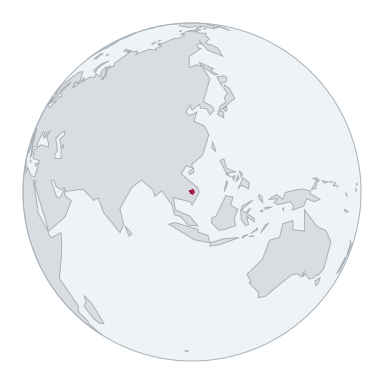 Môndól Kiri on an orthographic globe, rotated 337°
{"feature_id": "KHM-1794", "entity_name": "Môndól Kiri", "entity_type": "Province", "adm_level": 1, "iso_a3": "KHM", "parent_name": "Cambodia", "parent_adm1": "", "projection": "orthographic", "projection_center": [106.924, 12.744], "detail": "fine", "context": "on_globe", "style": "filled", "palette": "rose", "viewbox_px": 384, "rotation_deg": 337, "n_neighbors": 0, "source": "natural_earth", "source_scale": "10m", "svg_char_len": 10194}
<svg xmlns="http://www.w3.org/2000/svg" viewBox="0 0 384 384"><g transform="rotate(337 192 192)"><circle cx="192" cy="192" r="169" fill="#eef3f6" stroke="#a8b0b8"/><path d="M347.3,248.0L347.1,249.2L346.9,249.4L347.3,248.0ZM270.7,42.5L271.0,43.0L276.9,46.7L271.3,43.6L286.2,53.7L290.3,58.6L282.2,51.0L278.7,48.8L279.8,50.9L276.5,49.1L275.1,49.3L271.0,47.2L266.6,43.5L263.9,42.3L264.8,43.9L261.3,43.2L260.4,40.9L254.2,39.7L245.7,34.5L246.4,32.3L238.3,29.5L236.9,29.1L248.5,32.8L259.8,37.2L270.7,42.5ZM348.5,128.4L348.3,128.1L348.1,127.5L348.5,128.4ZM281.9,50.1L280.9,49.1L283.0,50.8L281.9,50.1ZM275.6,49.7L277.0,50.7L275.7,50.4L275.6,49.7ZM268.3,47.1L265.8,46.6L267.6,46.4L268.3,47.1ZM263.8,46.0L257.9,45.4L260.4,47.3L250.0,42.1L258.5,44.0L260.3,43.3L261.3,44.7L263.8,46.0ZM227.5,26.8L224.5,26.2L224.1,26.1L227.5,26.8ZM245.3,39.6L243.2,39.1L244.5,38.9L245.3,39.6ZM234.4,28.4L233.9,28.4L228.8,27.2L228.0,27.1L224.4,26.2L234.4,28.4ZM221.1,25.6L219.1,25.3L222.3,25.9L218.6,25.3L216.9,24.9L216.1,24.9L215.0,24.7L214.8,24.6L221.1,25.6ZM206.9,23.7L207.1,23.7L205.5,23.6L206.9,23.7ZM211.7,24.2L208.7,23.9L209.2,23.9L211.7,24.2ZM216.7,25.2L222.8,26.1L223.0,26.2L216.7,25.2ZM205.2,23.6L206.1,23.7L204.8,23.6L205.2,23.6ZM213.0,24.6L215.2,24.8L215.3,24.9L213.0,24.6ZM206.1,23.8L205.0,23.6L206.6,23.7L206.1,23.8ZM209.2,24.1L208.8,24.2L207.8,23.9L210.1,24.2L209.2,24.1ZM212.8,24.6L213.6,24.8L211.9,24.5L212.8,24.6ZM200.5,23.8L198.9,23.3L202.5,23.4L203.6,23.8L200.5,23.8ZM59.0,87.7L58.8,88.2L57.6,90.0L52.5,96.8L46.2,110.2L50.5,105.1L50.1,114.1L53.3,116.5L64.0,103.5L58.8,99.2L63.3,91.9L71.7,89.6L77.0,94.4L78.9,91.7L80.0,83.8L85.8,80.5L81.0,80.9L79.5,84.0L76.5,84.5L77.5,81.8L79.6,80.6L79.2,78.4L69.8,85.6L67.3,89.6L63.7,88.3L59.3,95.0L56.7,97.1L63.2,86.8L66.0,83.6L74.3,72.3L71.0,75.3L62.9,86.5L63.4,85.1L58.8,90.2L62.7,85.2L72.4,73.0L72.2,72.9L87.7,59.1L92.8,55.5L92.7,56.1L101.2,50.7L102.3,50.5L97.0,53.6L93.2,56.4L93.8,59.0L95.8,58.3L101.3,54.8L100.8,56.3L106.0,52.6L109.5,53.2L109.6,49.7L116.0,46.3L121.7,44.8L123.8,43.3L114.6,45.8L111.0,47.5L107.8,49.8L97.8,54.8L96.2,54.9L106.7,47.9L105.6,47.6L114.3,42.9L133.8,37.8L138.6,38.4L132.9,45.6L128.0,47.0L127.7,44.9L122.1,49.7L125.4,47.9L124.9,49.4L131.0,47.2L130.9,48.2L136.8,44.7L137.4,45.7L133.7,47.9L143.2,46.3L146.3,48.3L148.4,47.5L149.9,46.1L152.8,50.0L154.3,49.3L153.9,47.7L156.5,45.4L162.3,43.1L163.1,44.5L161.0,45.5L157.9,50.2L152.5,53.2L153.3,53.7L158.2,51.4L162.1,45.6L165.4,43.8L164.2,46.4L164.9,45.3L166.8,44.9L169.3,46.0L170.8,43.3L190.4,38.9L197.2,41.2L194.0,43.6L208.4,43.8L214.9,47.6L214.5,45.9L221.2,45.7L219.2,44.4L219.5,43.7L235.7,43.8L240.0,45.4L246.5,44.7L246.3,44.0L243.5,42.7L250.0,42.1L260.4,47.3L260.3,48.5L266.8,51.3L265.7,53.9L267.8,57.8L262.8,59.8L264.9,63.1L267.3,63.9L271.9,69.5L273.3,79.0L261.9,67.6L257.7,55.0L258.5,59.5L255.3,57.6L253.7,58.8L254.5,62.4L256.5,63.3L242.2,66.3L238.1,76.4L245.8,76.6L250.5,80.5L252.6,94.8L237.7,113.4L243.9,120.9L244.2,125.5L238.7,127.9L238.1,121.1L232.6,118.2L233.1,114.3L224.1,116.6L224.4,111.2L217.2,116.2L219.9,120.7L227.7,120.3L221.3,127.6L229.2,136.1L229.9,145.8L216.3,162.1L202.6,166.5L201.7,169.6L196.4,165.6L189.1,171.4L198.9,190.0L198.6,195.1L186.9,204.2L186.6,200.3L172.5,189.8L169.7,202.0L180.4,213.1L184.1,225.5L175.7,221.1L172.0,210.2L167.0,206.2L168.5,195.5L164.6,179.2L156.2,181.4L157.0,175.0L150.3,161.3L138.4,164.2L119.2,178.9L116.4,195.0L109.9,201.3L102.6,176.5L103.3,160.7L98.2,161.3L92.8,146.8L76.2,142.2L76.1,137.9L72.5,139.0L69.0,133.7L69.7,126.9L66.6,126.3L65.4,144.4L69.0,145.2L75.1,139.9L73.8,146.1L77.5,152.9L65.4,165.3L44.5,172.2L46.3,159.9L50.0,124.5L52.0,121.3L52.1,120.9L52.4,120.1L48.9,125.2L50.8,118.6L44.7,142.1L42.1,151.8L44.2,172.8L43.1,174.4L44.9,179.2L55.3,178.2L54.5,182.1L47.3,198.9L36.2,219.5L39.8,237.4L42.8,251.8L40.7,258.5L45.8,270.2L45.4,272.6L48.7,278.9L51.2,284.5L53.5,288.8L53.5,288.7L47.0,278.7L41.2,268.2L36.2,257.4L32.0,246.2L28.5,234.7L25.9,223.0L24.1,211.2L23.2,199.3L23.1,187.3L23.9,175.4L25.5,163.5L27.9,151.8L31.1,140.3L35.2,129.1L40.0,118.1L45.7,107.6L52.0,97.4L59.0,87.7ZM78.8,107.3L84.5,110.2L88.6,100.7L91.2,101.2L91.7,98.0L88.9,100.0L91.0,91.6L95.9,90.4L98.7,86.8L96.9,85.7L87.6,89.4L84.4,101.2L80.3,104.1L78.8,107.3ZM109.1,44.8L109.3,44.7L107.5,45.7L109.1,44.8ZM107.3,45.8L106.5,46.3L103.8,47.9L107.3,45.8ZM101.4,49.4L93.3,54.9L90.2,57.2L90.4,57.0L101.4,49.4ZM189.3,23.1L187.9,23.1L192.1,23.1L188.0,23.2L189.4,23.3L186.8,23.8L180.3,24.2L182.4,24.3L180.5,25.0L175.1,25.6L176.9,24.9L169.7,26.4L169.0,25.8L168.2,26.0L165.5,26.0L161.0,26.6L161.5,26.3L159.5,26.7L157.7,26.9L155.1,27.4L155.1,27.2L152.0,27.9L153.7,27.4L148.3,28.8L152.0,27.9L164.3,25.3L176.7,23.7L189.3,23.1ZM202.4,23.4L201.5,23.3L201.3,23.3L199.5,23.2L200.7,23.3L198.5,23.3L198.9,23.5L196.3,23.4L199.6,23.9L191.9,24.0L187.8,23.9L194.1,23.2L193.4,23.1L195.6,23.1L202.4,23.4ZM59.5,88.0L59.1,88.8L59.3,89.3L56.5,92.7L59.5,88.0ZM65.9,79.7L66.0,79.7L62.1,84.2L62.5,83.6L65.9,79.7ZM69.5,76.0L66.4,79.3L68.3,77.2L69.5,76.0ZM97.5,53.5L98.1,53.5L96.8,54.5L95.0,55.5L97.5,53.5ZM153.4,31.6L155.1,30.7L156.1,30.7L161.8,29.1L162.8,29.7L159.7,30.8L153.4,31.6ZM61.2,105.1L58.3,107.0L58.7,105.3L59.6,105.0L61.2,105.1ZM55.8,99.4L55.4,102.4L55.0,100.3L55.8,99.4ZM155.4,31.9L157.7,31.2L156.8,32.0L155.4,31.9ZM163.8,30.1L163.3,30.8L163.6,29.6L163.8,30.1ZM123.3,335.1L126.8,337.0L124.6,336.7L123.3,335.1ZM56.1,255.2L59.6,278.5L55.7,277.0L51.7,269.2L48.1,254.6L51.5,252.0L52.3,245.8L56.1,255.2ZM226.8,255.3L231.8,256.2L231.6,256.9L226.8,255.3ZM221.5,252.5L227.3,253.0L220.4,254.1L221.5,252.5ZM229.6,253.1L235.5,251.8L238.1,250.7L237.6,252.2L229.6,253.1ZM217.5,252.4L196.0,251.2L187.4,248.7L189.4,246.0L203.2,247.5L217.5,252.4ZM188.8,245.9L175.8,237.1L158.1,212.6L164.4,213.5L182.9,228.9L181.7,231.2L189.6,238.0L188.8,245.9ZM220.3,233.0L219.0,240.2L207.1,239.1L201.7,237.6L198.0,228.1L200.1,223.4L204.5,223.8L221.7,208.5L227.7,212.7L222.4,219.3L227.3,225.8L220.3,233.0ZM117.0,196.7L120.3,206.9L116.8,208.0L117.0,196.7ZM228.7,197.5L221.7,204.3L228.1,195.2L228.7,197.5ZM232.5,188.9L232.9,192.5L230.1,188.9L232.5,188.9ZM201.5,174.5L196.8,175.0L196.7,172.5L202.7,170.4L201.5,174.5ZM230.4,154.2L230.3,161.5L229.4,163.9L227.3,159.4L230.4,154.2ZM166.8,38.9L157.8,40.0L152.0,42.0L149.7,44.5L149.0,41.8L158.1,38.8L166.8,38.9ZM187.4,38.6L189.4,36.9L191.1,37.7L190.9,38.2L187.4,38.6ZM186.8,37.5L184.3,35.6L187.1,34.7L188.5,36.4L186.8,37.5ZM169.5,32.8L166.8,33.0L167.6,32.3L169.5,32.8ZM307.8,311.8L308.3,312.5L303.4,317.0L297.4,321.9L293.0,324.0L307.8,311.8ZM269.3,326.5L270.5,321.8L276.4,321.0L272.8,325.3L269.3,326.5ZM311.9,308.1L316.3,303.3L319.4,297.7L317.1,302.6L318.9,302.1L309.2,311.9L311.9,308.1ZM251.5,307.0L218.6,316.6L211.7,315.1L214.1,311.0L209.0,297.8L211.3,298.2L210.5,289.2L230.3,281.6L244.7,266.7L255.0,267.8L263.2,256.8L273.6,257.6L270.1,266.3L280.3,271.8L288.6,252.3L293.6,272.8L300.1,279.7L300.4,292.2L283.6,313.8L275.3,318.2L274.3,316.4L270.7,318.6L265.9,317.9L264.4,311.4L260.8,313.5L264.8,308.4L259.3,313.0L257.4,308.7L251.5,307.0ZM325.2,267.7L326.4,268.1L327.8,271.3L325.9,270.9L325.2,267.7ZM344.2,253.0L344.4,254.5L343.3,255.2L344.2,253.0ZM346.9,249.4L345.7,250.4L347.3,248.0L346.9,249.4ZM333.1,254.9L333.6,256.1L333.1,256.6L333.1,254.9ZM332.7,254.5L333.6,252.4L333.3,254.5L332.7,254.5ZM327.6,244.1L328.4,242.9L328.7,243.7L327.6,244.1ZM239.3,256.5L246.5,251.0L250.3,250.6L239.3,256.5ZM326.5,241.9L324.5,241.9L324.8,240.7L326.5,241.9ZM326.8,239.3L326.7,237.7L327.7,241.3L326.8,239.3ZM323.0,236.0L325.4,238.7L322.7,236.4L323.0,236.0ZM321.5,236.5L319.7,235.4L319.9,234.9L321.5,236.5ZM300.0,239.6L306.9,248.7L301.1,248.7L294.7,243.1L289.3,248.6L277.3,247.8L280.2,244.4L278.6,239.3L266.0,237.2L263.5,233.8L268.1,231.6L259.6,228.8L268.9,227.4L272.6,234.4L277.8,229.0L286.6,230.3L295.0,232.5L301.6,237.6L300.0,239.6ZM268.8,242.6L270.3,242.6L268.9,244.7L268.8,242.6ZM316.2,231.8L318.9,235.0L318.5,235.9L317.2,235.4L316.2,231.8ZM303.2,236.3L310.4,230.4L312.0,230.5L307.2,237.1L303.2,236.3ZM308.7,226.8L311.9,227.5L313.6,230.6L312.9,231.5L308.7,226.8ZM249.9,236.0L249.5,237.9L247.1,236.3L249.9,236.0ZM253.1,234.9L260.3,237.1L252.4,236.5L253.1,234.9ZM230.8,227.6L232.9,232.2L239.7,229.5L234.5,233.5L239.1,241.1L237.5,243.9L233.0,235.7L231.3,243.9L228.2,243.7L226.6,236.5L229.7,227.9L232.8,224.4L245.1,223.3L230.8,227.6ZM253.0,229.3L251.1,224.0L252.5,220.5L254.6,223.4L253.0,229.3ZM245.3,211.2L240.1,204.9L235.4,207.1L244.8,198.9L248.3,206.2L245.3,211.2ZM240.8,197.7L236.4,199.6L240.9,194.8L240.8,197.7ZM235.2,197.5L234.7,193.3L238.2,194.0L235.2,197.5ZM243.1,197.9L243.8,190.8L245.6,195.0L243.1,197.9ZM233.1,183.8L240.6,191.0L230.9,187.7L230.2,174.0L234.3,173.9L233.1,183.8ZM254.5,131.1L253.4,127.5L257.0,126.8L256.8,129.5L254.5,131.1ZM267.9,122.6L257.6,125.5L249.2,128.4L252.0,130.1L250.3,136.3L246.0,130.3L251.7,123.8L258.1,122.8L258.8,117.8L263.3,114.7L261.8,108.6L263.7,106.1L267.0,111.6L267.9,122.6ZM260.9,106.0L259.9,95.7L267.0,97.6L268.8,100.3L266.3,104.1L262.7,102.8L260.9,106.0ZM261.8,93.9L258.3,92.8L249.6,78.2L249.5,75.7L259.9,87.0L257.1,86.6L258.0,90.1L261.8,93.9ZM244.0,39.9L243.2,39.1L245.1,39.9L244.0,39.9ZM218.3,43.0L219.0,42.2L221.2,42.9L218.3,43.0ZM222.2,40.3L219.3,40.1L222.1,39.7L222.2,40.3ZM212.9,39.9L218.0,39.7L213.5,40.8L212.9,39.9Z" fill="#d9dde1" stroke="#a8b0b8" stroke-width="1"/><path d="M193.8,192.1L193.8,192.4L193.9,192.5L193.8,192.8L193.7,193.0L193.6,193.3L193.4,193.4L193.2,193.3L193.1,193.2L192.9,193.3L192.7,193.4L192.6,193.5L192.4,193.6L192.2,193.9L192.1,194.0L191.9,194.0L191.7,194.0L191.6,193.8L191.6,193.6L191.5,193.4L191.4,193.4L191.2,193.3L191.0,193.2L190.9,193.0L190.9,192.9L190.7,192.9L190.5,192.7L190.4,192.7L190.4,192.4L190.5,192.2L190.7,191.9L190.8,191.9L191.0,191.8L191.1,191.7L191.0,191.4L190.8,191.3L190.7,191.3L190.6,191.2L190.4,191.0L190.3,190.9L190.6,190.8L190.6,190.7L190.4,190.6L190.4,190.4L190.4,190.0L190.6,190.0L190.8,190.1L191.1,190.3L191.3,190.4L191.4,190.5L191.5,190.6L191.8,190.8L192.0,190.8L192.1,190.7L192.3,190.7L192.3,190.8L192.3,190.7L192.5,190.6L192.4,190.5L192.4,190.4L192.5,190.3L192.8,190.3L192.9,190.2L193.0,190.2L193.1,190.3L193.3,190.4L193.5,190.3L193.8,190.4L193.8,190.5L193.5,191.2L193.6,191.3L193.6,191.5L193.7,191.8L193.8,191.8L193.8,192.0L193.8,192.1Z" fill="#f43f5e" stroke="#9f1239" stroke-width="1.5"/></g></svg>